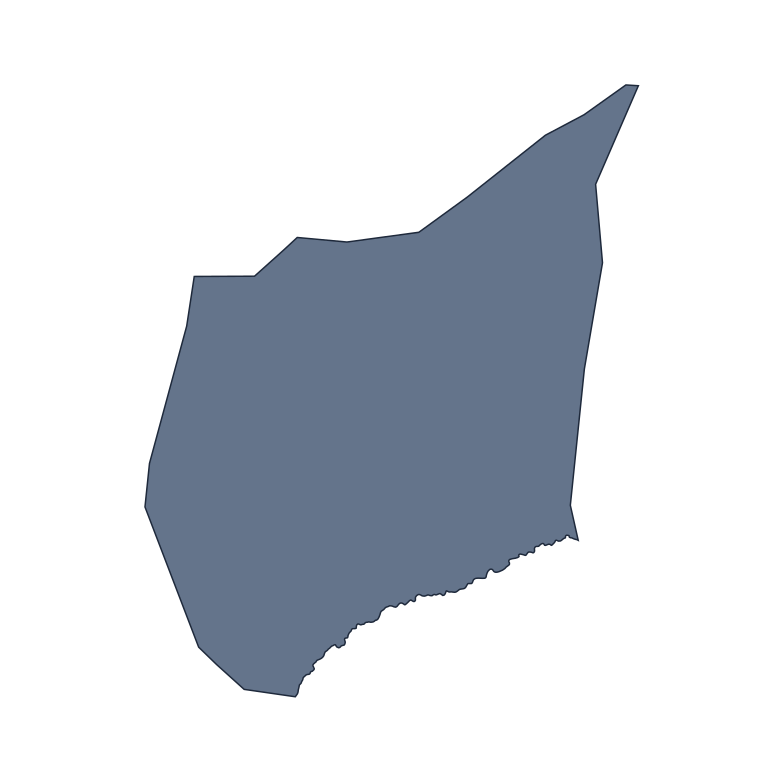 Bayanjargalan, Töv, Mongolia, rotated 95°
{"feature_id": "93677404B91267927861385", "entity_name": "Bayanjargalan", "entity_type": "district", "adm_level": 2, "iso_a3": "MNG", "parent_name": "Mongolia", "parent_adm1": "Töv", "projection": "equal_earth", "projection_center": [108.634, 47.077], "detail": "fine", "context": "isolated", "style": "filled", "palette": "slate", "viewbox_px": 768, "rotation_deg": 95, "n_neighbors": 0, "source": "geoboundaries", "source_scale": "gbopen_adm2", "svg_char_len": 4173}
<svg xmlns="http://www.w3.org/2000/svg" viewBox="0 0 768 768"><g transform="rotate(95 384 384)"><path d="M64.7,156.6L65.0,169.1L97.9,207.7L98.0,207.7L122.1,244.9L190.6,317.4L229.8,362.5L245.8,433.3L245.6,483.2L259.8,496.1L287.9,522.4L293.4,582.4L343.5,585.6L483.5,610.7L527.3,611.4L662.3,545.7L678.0,526.4L700.4,496.7L703.3,445.1L700.1,443.2L698.4,442.8L696.2,442.7L693.6,442.3L691.7,442.1L691.1,442.0L690.4,441.4L689.5,440.6L687.5,440.0L685.8,439.2L684.4,439.0L683.7,438.9L683.3,438.7L681.7,437.2L680.7,436.3L680.2,435.5L680.0,434.7L679.7,433.4L679.3,432.8L678.9,432.5L678.2,432.3L677.4,432.1L676.8,431.5L676.4,430.4L674.7,428.9L674.1,428.7L673.6,428.7L673.1,429.0L672.1,429.5L671.0,430.2L670.1,430.3L669.2,429.9L667.9,428.7L666.9,427.6L665.9,427.2L665.0,426.5L664.4,425.3L663.7,423.9L662.6,422.3L661.3,421.1L659.9,420.3L657.6,419.8L656.1,419.3L655.5,418.7L654.7,417.7L654.0,417.0L653.0,416.4L652.0,415.2L650.5,414.0L649.7,413.3L649.2,412.2L648.4,411.1L648.0,410.2L648.0,409.8L648.1,409.6L648.4,409.4L649.4,408.7L650.2,407.9L650.5,406.8L650.7,406.1L650.3,405.1L649.7,404.5L648.8,403.9L648.4,403.3L647.5,400.9L646.3,400.3L644.5,400.1L643.0,400.7L642.1,401.0L641.1,401.0L640.6,400.5L640.1,398.6L640.0,398.3L639.0,397.9L638.0,398.0L635.5,397.2L634.4,396.5L633.2,395.4L632.3,395.1L631.1,394.7L630.7,394.3L630.5,394.0L630.2,391.4L629.9,390.8L629.6,390.4L629.1,390.4L627.4,390.4L626.1,390.0L625.4,389.2L625.3,388.5L625.6,387.5L625.9,386.6L625.9,385.9L625.6,385.2L625.3,384.5L625.1,383.3L624.6,382.6L623.6,382.0L623.1,381.3L622.9,380.6L622.7,379.4L622.3,378.5L622.5,376.7L622.3,375.3L621.9,374.0L621.3,373.1L620.1,371.9L619.8,370.7L618.6,369.5L616.5,368.6L614.0,367.9L611.9,367.5L610.7,367.0L608.7,364.6L606.9,363.3L606.2,362.5L605.2,360.2L604.5,359.2L604.4,357.6L604.6,356.2L605.1,354.7L605.3,353.1L604.9,352.2L604.1,351.4L602.8,350.6L601.5,349.6L601.0,348.9L600.7,348.1L600.7,347.0L601.3,345.5L602.0,344.5L602.1,343.9L601.8,343.4L600.8,342.4L599.1,340.9L597.6,339.7L597.1,338.9L596.9,338.4L597.3,337.4L598.0,336.0L598.1,335.1L597.7,334.4L596.8,333.9L595.8,333.9L594.3,334.1L593.3,333.9L592.0,333.1L591.0,331.9L590.6,330.8L590.8,329.5L591.3,328.4L591.7,327.6L591.8,326.4L591.8,325.3L591.5,324.3L590.8,322.9L590.3,322.0L590.3,321.3L590.7,319.9L590.8,318.4L590.5,317.3L589.8,316.7L589.3,315.8L589.3,315.1L589.6,314.0L589.4,313.2L588.7,311.9L588.1,310.7L587.9,309.9L588.4,308.8L589.5,307.1L589.2,305.9L588.3,305.1L586.5,304.4L585.4,304.2L584.8,303.9L584.7,303.5L585.1,302.3L585.5,301.1L585.4,299.9L585.2,298.7L585.3,297.3L585.3,295.3L584.9,294.1L583.9,292.8L582.6,291.5L581.9,290.5L581.5,289.0L581.1,287.3L580.6,286.0L579.6,285.0L577.7,284.1L576.2,283.4L575.6,283.0L575.4,282.3L575.3,280.8L575.1,279.4L574.3,278.7L572.8,278.3L571.8,278.0L571.0,277.6L570.1,276.6L569.6,275.5L569.2,273.4L569.1,271.3L569.0,268.8L568.7,266.7L568.3,266.0L567.7,265.6L566.8,265.4L565.4,265.3L563.6,264.9L561.6,264.2L559.6,262.6L559.2,261.8L559.1,260.5L559.6,259.6L561.1,258.3L561.6,257.5L561.8,256.2L561.5,254.6L560.9,253.0L559.1,249.7L557.3,247.5L555.7,246.3L554.2,244.6L553.6,243.9L553.0,243.5L552.4,243.3L551.2,243.5L550.3,244.1L549.5,244.3L548.6,244.1L547.8,243.4L546.9,241.1L546.1,237.9L545.3,235.9L544.6,234.9L544.2,234.5L543.5,234.6L542.8,234.9L542.2,234.7L541.8,234.1L541.5,233.4L541.9,230.4L542.4,228.4L542.2,227.7L540.9,226.9L539.6,226.1L538.9,225.5L538.7,224.4L538.7,223.0L538.9,221.9L539.2,220.9L539.0,220.3L538.4,219.8L537.7,219.5L536.5,219.5L535.0,219.8L533.8,219.6L532.9,218.9L532.5,218.0L532.4,216.7L532.1,215.7L531.2,215.0L529.8,213.6L529.1,212.4L529.1,211.4L529.8,210.5L530.6,210.0L530.7,209.2L530.3,208.2L529.7,207.1L529.2,205.9L529.3,204.6L529.7,203.9L530.1,203.4L530.1,203.1L529.4,202.2L528.3,201.4L527.4,200.6L526.2,199.9L525.1,199.6L524.7,199.1L524.6,198.5L524.9,197.7L525.3,196.6L525.2,195.7L525.0,194.5L524.3,193.6L522.6,191.9L521.9,191.0L521.6,190.1L521.3,189.9L520.6,189.9L519.7,189.9L519.1,189.5L518.7,188.8L518.7,188.0L518.8,187.1L519.1,186.4L519.9,186.2L520.4,186.0L520.6,185.7L520.9,184.7L520.9,183.6L521.7,181.4L522.1,179.5L522.2,178.4L522.8,176.9L488.6,187.8L351.6,185.7L244.2,176.9L166.6,190.6L64.7,156.6Z" fill="#64748b" stroke="#1e293b" stroke-width="1.5"/></g></svg>